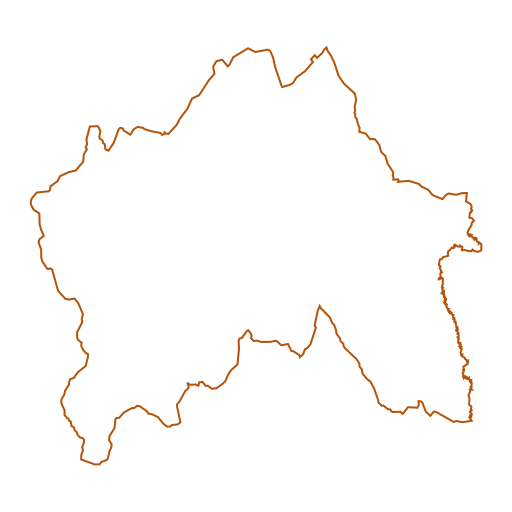 Atwima Kwanwoma, Ashanti, Ghana (Equal Earth projection)
{"feature_id": "2480657B14749544754301", "entity_name": "Atwima Kwanwoma", "entity_type": "district", "adm_level": 2, "iso_a3": "GHA", "parent_name": "Ghana", "parent_adm1": "Ashanti", "projection": "equal_earth", "projection_center": [-1.697, 6.59], "detail": "fine", "context": "isolated", "style": "outline", "palette": "amber", "viewbox_px": 512, "rotation_deg": 0, "n_neighbors": 0, "source": "geoboundaries", "source_scale": "gbopen_adm2", "svg_char_len": 5995}
<svg xmlns="http://www.w3.org/2000/svg" viewBox="0 0 512 512"><path d="M466.8,193.0L462.2,193.1L456.0,194.8L448.7,193.5L446.1,194.8L442.5,199.2L432.4,195.0L428.5,190.0L421.5,186.6L419.0,184.0L408.6,180.8L398.0,181.8L398.6,180.5L398.1,179.3L393.4,179.8L393.5,177.3L392.7,175.4L393.4,172.5L387.6,163.7L385.3,155.9L381.1,151.8L379.3,145.1L376.4,140.9L374.4,139.0L370.1,139.1L365.7,133.6L359.3,131.8L359.6,127.6L358.0,124.5L356.8,119.2L355.1,116.6L355.2,114.2L354.4,113.0L355.2,110.7L354.6,106.9L356.2,99.8L354.8,93.6L343.8,83.5L338.5,75.6L334.5,63.2L331.0,55.7L327.5,50.6L326.5,47.5L324.7,49.0L322.2,53.0L317.0,57.9L314.7,55.2L311.0,59.3L312.9,62.1L304.9,71.3L296.6,77.3L293.0,83.0L290.3,84.7L282.0,87.0L275.4,67.9L273.1,57.7L270.3,51.1L267.7,49.6L255.4,52.0L248.0,48.3L233.3,57.2L229.2,65.1L227.8,66.4L222.2,59.7L216.3,61.3L213.2,66.7L214.4,74.0L209.3,79.6L199.1,95.2L192.0,98.6L187.5,108.5L179.5,119.2L176.8,124.7L168.4,133.9L165.5,133.5L164.6,132.4L164.0,134.2L162.1,134.9L160.3,132.9L151.1,131.2L144.2,129.0L143.2,127.9L137.6,126.9L133.8,129.2L130.4,134.6L123.8,130.6L122.6,128.3L120.4,127.8L118.7,129.3L113.7,142.9L108.4,150.7L105.5,149.4L104.6,144.0L103.2,143.2L102.5,140.4L99.6,138.5L99.3,136.8L100.4,131.2L98.5,127.1L97.5,126.2L89.9,126.5L86.4,139.5L87.1,144.3L85.6,147.3L86.9,149.1L83.8,154.4L83.2,161.7L75.6,170.6L69.0,172.0L60.1,176.1L57.6,181.1L50.5,186.3L49.9,190.0L48.8,191.3L36.8,192.5L31.9,198.3L30.7,201.8L31.0,204.8L33.5,209.6L39.4,213.5L39.6,224.2L41.0,229.5L43.8,235.9L39.6,239.1L38.5,242.1L41.2,249.6L41.2,257.2L42.2,261.1L46.9,268.3L48.0,269.1L50.3,268.4L52.1,269.6L58.1,290.8L65.3,298.8L68.9,299.6L74.5,298.5L78.3,303.3L82.9,314.0L81.7,319.2L82.4,321.9L77.1,332.2L77.1,337.5L78.1,339.9L81.5,342.6L81.3,346.2L83.4,350.2L85.9,353.2L87.8,353.8L88.0,356.4L85.7,365.9L77.6,372.5L74.0,377.8L70.3,379.1L69.1,382.0L68.9,384.7L65.1,390.8L64.2,394.7L61.6,399.2L61.2,401.4L61.6,403.8L64.6,410.4L64.5,415.0L67.3,418.3L68.4,418.6L69.3,420.9L70.7,421.5L71.5,426.0L74.0,427.4L74.6,430.1L76.6,432.1L77.9,435.3L80.1,437.6L82.9,438.2L83.9,439.3L83.9,442.3L82.2,447.4L83.0,450.3L81.3,454.8L81.2,459.5L94.9,464.5L99.5,464.3L101.6,461.9L106.5,460.1L107.8,458.5L109.7,450.6L111.4,447.2L111.5,443.8L109.0,440.3L109.5,436.1L114.5,428.0L115.5,419.1L116.3,418.1L119.0,417.9L123.7,412.7L128.0,410.1L132.5,407.9L133.9,408.3L137.2,405.8L139.7,406.2L146.9,411.3L148.5,413.7L151.5,414.0L158.1,417.2L163.1,423.5L166.9,426.5L170.3,426.5L171.9,425.0L177.2,424.5L179.4,423.3L180.4,422.2L176.9,405.7L177.2,404.2L179.4,401.7L185.1,391.2L188.5,388.1L188.3,385.2L187.3,382.7L189.8,384.8L195.5,384.5L198.4,385.7L199.3,382.3L202.4,381.9L205.8,385.9L207.7,385.7L211.9,388.8L216.5,388.2L222.6,383.8L225.5,381.1L227.5,375.9L230.7,370.5L237.5,364.5L239.0,348.5L238.6,340.8L239.3,338.7L241.9,337.9L247.2,330.6L248.4,330.3L250.4,333.0L251.8,335.8L251.0,338.2L253.6,340.9L257.6,340.7L260.9,342.0L270.8,341.8L275.3,340.8L276.8,341.1L281.3,345.3L288.0,344.0L291.3,350.9L293.2,351.2L299.3,355.1L299.9,357.1L303.1,354.3L304.9,349.3L307.6,347.7L310.4,344.4L315.9,327.6L314.9,326.3L314.8,324.5L317.7,310.9L319.7,306.0L320.6,307.9L330.0,317.6L332.0,322.6L334.4,325.4L336.1,330.4L336.5,333.8L339.8,338.0L340.7,341.4L343.3,343.7L343.6,345.9L344.7,347.9L356.7,359.3L359.4,363.8L359.5,366.6L361.9,369.5L362.6,373.7L366.8,378.8L370.5,381.7L374.1,388.4L378.4,401.0L378.4,402.5L381.8,405.8L383.2,405.5L387.9,409.2L390.3,409.4L391.2,411.2L392.8,412.0L400.4,411.8L402.8,413.9L408.0,407.2L417.4,407.7L418.7,404.9L418.6,401.1L420.7,401.3L422.4,402.7L425.8,411.7L430.3,415.8L433.9,411.5L436.4,412.1L453.9,422.0L456.4,421.0L462.3,422.2L471.7,420.8L469.3,417.2L470.4,414.5L470.5,416.2L471.2,416.7L471.8,414.0L469.9,412.0L471.6,410.4L470.6,409.6L471.4,407.6L471.2,406.1L469.5,405.3L469.0,404.1L469.6,398.9L468.5,395.4L470.3,391.1L469.9,389.5L471.8,389.6L470.8,388.7L471.5,387.6L470.6,386.8L471.5,386.1L471.7,383.0L471.2,381.3L470.6,382.5L469.8,381.5L469.6,380.1L470.4,379.8L468.9,379.2L469.0,377.8L467.8,378.8L467.0,377.1L466.0,376.6L465.9,378.3L464.7,377.5L464.0,378.1L464.1,376.3L463.1,376.6L463.3,374.0L462.6,373.1L463.8,371.3L463.1,370.1L464.0,369.9L463.4,366.7L467.7,363.8L468.1,360.7L466.9,361.3L466.8,360.2L465.1,359.0L464.7,357.7L462.2,356.3L462.3,354.8L461.4,355.5L461.0,354.9L460.5,352.6L461.8,348.8L460.2,348.0L461.3,346.9L459.6,346.2L460.6,345.5L459.2,343.8L460.5,343.9L460.3,342.7L458.2,342.3L458.1,339.5L458.9,338.6L457.7,337.3L458.6,337.2L458.6,334.3L457.5,333.8L458.4,332.8L457.6,332.1L457.1,329.5L456.7,331.1L456.1,330.7L456.8,328.3L457.7,328.7L457.4,327.1L456.4,327.2L455.7,322.8L454.8,322.3L455.4,321.5L454.3,321.1L454.6,319.2L453.4,318.9L454.1,317.8L453.0,317.2L453.4,315.0L452.2,314.9L451.8,313.3L450.0,313.4L449.3,312.5L450.8,312.1L449.7,311.0L448.5,311.1L448.1,310.3L448.8,308.9L447.7,308.9L446.5,306.7L446.7,305.4L446.2,305.7L445.9,304.1L445.4,304.4L444.3,302.8L445.7,303.2L444.7,300.4L446.0,300.3L446.1,299.0L444.9,299.0L445.1,297.2L443.8,296.9L444.3,295.3L442.6,294.0L444.0,294.0L443.8,292.8L442.6,292.6L444.0,291.5L443.8,290.7L442.6,291.0L442.9,289.9L442.1,288.9L443.0,287.6L441.8,287.0L442.8,284.2L442.8,278.6L442.2,278.0L438.8,279.4L438.6,278.6L440.7,276.9L440.2,273.8L441.9,272.3L440.9,272.0L441.0,270.6L439.7,268.0L440.6,266.4L438.9,265.2L439.5,260.6L440.1,259.4L441.8,259.3L443.0,257.2L448.2,255.8L447.8,252.9L448.5,250.7L449.9,250.2L451.7,247.6L453.6,248.2L454.8,246.7L454.0,246.0L454.8,244.6L457.9,246.5L460.1,246.6L460.2,245.6L462.4,247.0L461.7,249.8L462.1,250.3L464.5,249.8L468.0,251.1L471.5,251.1L472.5,249.6L474.5,251.2L478.0,251.8L481.3,250.4L481.3,244.2L479.8,242.9L478.7,243.8L478.7,242.2L477.0,241.7L476.5,238.8L475.3,239.4L476.0,238.0L474.9,237.7L473.7,238.8L472.0,236.2L470.5,236.5L470.1,235.5L471.2,234.7L469.3,234.2L468.9,235.7L467.7,234.1L467.6,232.3L468.7,229.6L471.6,225.2L471.7,222.9L474.0,220.8L472.2,218.4L469.3,217.5L469.9,212.8L470.8,212.6L470.8,211.5L471.8,211.2L472.1,210.1L470.9,208.7L471.7,206.6L470.6,204.1L466.0,201.4L466.8,193.0Z" fill="none" stroke="#b45309" stroke-width="2"/></svg>